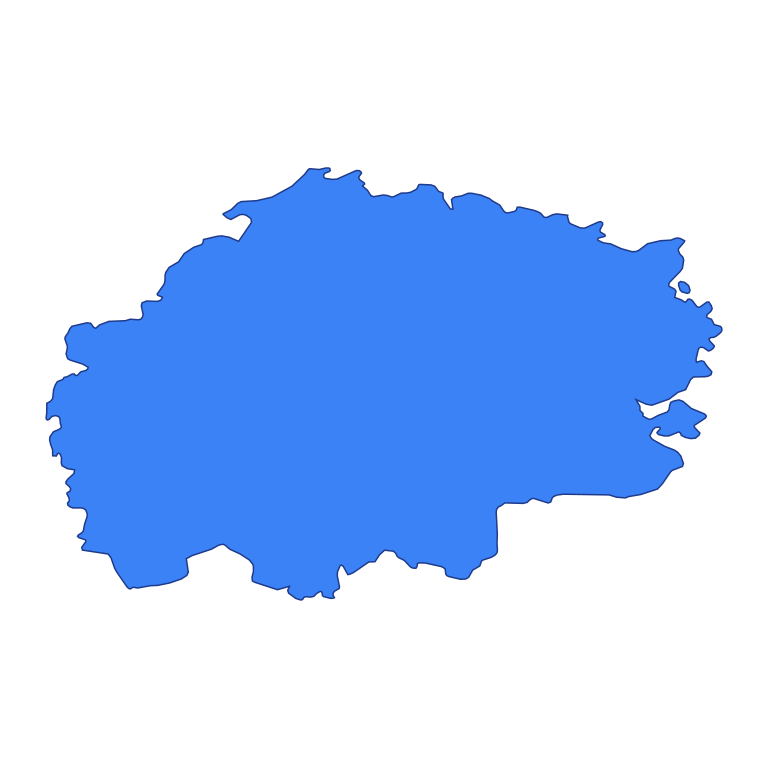 the border of Ryazan'
{"feature_id": "RUS-2374", "entity_name": "Ryazan'", "entity_type": "Region", "adm_level": 1, "iso_a3": "RUS", "parent_name": "Russia", "parent_adm1": "", "projection": "natural_earth1", "projection_center": [40.693, 54.337], "detail": "fine", "context": "isolated", "style": "filled", "palette": "blue", "viewbox_px": 768, "rotation_deg": 0, "n_neighbors": 0, "source": "natural_earth", "source_scale": "10m", "svg_char_len": 6039}
<svg xmlns="http://www.w3.org/2000/svg" viewBox="0 0 768 768"><path d="M277.5,589.7L254.8,582.3L252.4,581.0L252.0,577.2L253.4,571.8L253.4,566.9L253.0,564.5L249.4,560.0L240.0,553.9L229.8,549.2L225.0,545.1L222.8,544.2L218.6,545.2L211.6,549.1L192.1,555.6L186.3,558.7L188.3,572.3L186.8,575.4L181.5,578.9L169.9,582.9L157.7,585.4L150.5,585.7L137.7,588.0L133.1,587.2L130.4,588.9L128.9,588.6L127.1,587.0L116.9,572.2L114.7,568.3L111.0,557.8L108.1,554.0L82.4,550.1L81.8,547.2L85.8,541.7L85.8,540.6L85.3,539.8L78.7,537.6L77.5,536.3L78.4,535.0L82.2,532.5L83.4,530.7L84.6,524.2L87.1,516.6L87.2,513.8L85.8,510.1L83.5,508.4L81.3,507.9L72.9,507.9L70.1,506.9L67.9,505.2L67.5,503.1L69.2,501.0L69.3,499.7L68.9,497.7L66.9,493.8L67.0,492.9L70.0,491.1L70.7,488.7L69.8,487.1L66.1,483.7L65.9,481.8L68.0,478.9L73.9,473.6L74.6,469.8L67.4,468.7L62.1,465.7L61.3,463.3L61.5,457.3L59.9,453.9L58.9,453.2L57.5,453.7L56.4,456.0L52.7,455.8L52.6,449.8L50.6,444.3L49.6,439.9L50.0,436.7L53.4,431.8L58.4,429.7L60.5,428.4L61.4,427.0L60.4,423.7L59.8,418.3L58.5,416.5L55.7,415.6L52.1,416.3L49.1,419.4L47.6,420.0L46.5,419.4L46.1,417.8L46.7,413.4L46.8,403.3L50.5,401.3L52.7,398.5L53.6,389.7L55.3,384.9L57.4,381.6L62.8,379.5L64.1,377.4L67.0,376.8L72.3,374.0L74.4,374.0L75.2,375.3L77.3,375.5L80.7,371.9L86.3,370.3L87.8,368.8L88.1,367.2L82.8,364.1L70.2,360.1L67.8,358.8L67.2,357.4L66.1,353.9L67.3,348.2L67.3,346.1L64.9,338.9L65.3,336.7L67.7,333.4L69.8,328.9L71.9,326.3L86.8,322.8L90.7,323.3L93.6,327.3L95.7,328.3L99.6,324.9L108.8,321.4L125.5,320.7L130.3,319.2L138.2,319.8L141.0,319.1L142.5,317.0L143.1,314.6L141.3,305.8L142.1,302.8L146.6,301.0L157.3,301.4L160.5,300.3L161.6,299.0L162.4,297.2L157.8,295.3L157.1,294.1L164.2,284.1L165.0,280.5L165.1,275.0L165.9,272.2L169.1,267.4L178.6,261.8L184.3,253.5L193.7,247.3L201.6,244.6L203.0,242.7L203.5,239.5L217.2,236.3L221.8,235.9L229.1,237.2L238.6,241.3L251.4,222.6L251.2,219.7L250.5,218.3L246.2,215.2L242.9,214.4L239.9,214.7L230.8,219.5L226.9,217.6L223.1,214.4L223.3,213.7L231.2,209.7L237.6,203.5L241.1,201.6L256.6,200.7L272.1,197.1L292.0,186.2L304.6,174.4L308.1,169.7L309.5,168.7L319.3,169.5L325.7,168.0L328.8,168.0L329.8,168.5L330.3,170.6L329.1,171.7L324.8,173.2L323.6,175.5L323.7,177.1L325.3,178.4L332.7,179.4L336.9,179.1L356.3,170.5L359.5,170.7L361.1,172.0L361.5,173.3L358.8,176.9L358.9,178.0L360.0,180.0L364.3,183.0L364.6,184.0L362.5,186.1L367.3,190.1L370.9,195.6L373.7,196.7L383.1,195.0L387.0,195.4L391.8,197.0L393.7,196.7L401.2,193.1L407.0,193.0L410.8,192.2L416.7,189.1L418.7,184.9L420.0,184.4L431.0,184.9L434.7,186.2L438.6,191.4L443.0,193.1L443.1,197.6L443.6,199.3L450.5,209.1L452.9,209.0L451.5,199.7L453.0,198.0L455.3,196.9L461.7,195.9L468.1,193.3L472.0,193.3L480.9,195.1L489.5,198.6L491.9,200.6L499.8,205.1L503.7,211.0L505.7,212.6L507.4,213.0L514.3,211.5L516.3,210.1L517.2,207.2L519.8,207.1L534.2,210.4L538.2,211.9L540.7,213.3L543.8,216.9L545.1,217.4L546.9,217.4L552.9,214.6L556.9,213.9L567.7,215.2L567.5,216.6L569.0,222.3L570.6,223.8L579.7,227.7L582.7,228.1L585.0,228.0L598.5,222.0L600.8,221.6L602.6,223.0L602.7,224.4L600.0,229.9L600.0,231.0L600.6,232.2L604.8,234.6L605.2,235.6L604.8,236.4L598.1,238.2L597.7,239.1L598.2,240.4L603.5,242.9L610.7,243.9L621.3,248.7L632.0,251.7L636.1,251.5L639.0,250.2L647.6,243.7L660.7,240.7L671.1,240.1L674.7,238.5L677.6,238.0L680.5,238.6L684.7,240.8L684.4,241.8L678.7,248.5L678.2,250.1L679.7,253.8L682.8,257.1L683.7,260.1L682.4,268.4L680.0,271.6L669.7,282.2L668.7,284.5L669.0,286.2L674.7,289.2L676.0,291.3L674.7,297.4L681.4,299.9L684.5,302.0L685.5,302.3L688.1,299.1L689.9,299.2L692.2,300.4L696.9,306.7L698.4,307.2L699.7,307.2L706.8,302.1L708.9,302.0L711.3,305.7L712.2,308.8L710.8,311.4L707.1,314.7L706.6,316.7L707.6,317.8L711.5,319.3L714.2,324.6L720.2,326.3L721.1,327.1L721.7,328.1L721.9,330.5L720.7,332.5L716.2,336.2L713.8,337.3L710.6,337.6L708.9,339.0L710.0,341.3L714.1,345.6L714.3,346.5L713.0,348.5L710.4,350.4L708.4,351.0L703.3,347.5L700.6,347.2L699.1,348.0L698.2,349.9L696.1,358.9L696.2,361.5L696.6,362.2L701.3,360.8L703.8,361.5L706.8,365.9L711.8,371.8L711.1,374.6L708.2,376.2L705.2,376.7L693.5,377.0L690.5,379.7L685.6,389.7L678.0,392.3L669.1,399.1L651.9,405.2L646.2,404.2L636.0,399.6L639.9,406.3L640.0,410.5L643.0,413.4L643.0,416.2L648.7,419.2L651.2,419.1L658.4,415.3L667.3,412.0L669.0,409.6L669.8,404.7L670.8,402.4L673.1,401.2L678.9,399.9L682.9,401.3L691.4,408.5L704.4,413.9L706.1,415.5L706.2,416.5L705.5,418.0L694.3,425.4L694.2,426.5L694.9,427.8L699.9,433.1L699.1,435.1L695.4,438.2L690.7,438.6L685.4,437.4L681.4,435.4L680.5,433.2L678.8,431.9L668.9,435.9L664.0,435.9L659.0,434.7L657.4,433.5L657.0,432.4L660.2,428.9L660.2,427.8L659.5,427.1L655.2,427.5L652.9,429.7L649.8,435.7L651.4,438.4L653.4,440.0L664.8,446.4L674.2,450.0L677.5,452.1L680.8,456.0L683.4,463.5L682.5,466.4L672.2,470.4L670.5,472.0L662.6,483.5L657.6,489.0L640.8,494.5L628.5,496.6L625.4,497.9L616.6,497.2L609.1,494.9L563.4,494.2L556.8,495.1L553.5,496.6L552.2,497.9L550.8,501.9L548.2,503.0L533.6,498.4L531.9,498.6L529.5,500.1L527.1,502.4L523.1,503.4L504.8,502.9L501.1,505.7L498.4,506.9L496.6,509.4L496.2,512.0L497.3,533.6L497.0,543.7L497.4,549.2L497.2,552.0L496.4,553.6L494.9,555.2L491.3,557.3L482.5,560.2L481.5,561.2L479.8,566.0L472.7,570.1L468.7,577.2L465.7,579.0L460.6,579.3L448.7,576.5L447.0,575.7L445.8,574.2L445.1,568.8L443.0,567.4L441.1,566.5L425.2,563.0L418.7,562.9L417.3,563.9L417.1,566.4L415.9,568.3L412.5,568.0L410.4,566.9L404.3,560.4L398.6,557.6L397.0,556.0L395.7,553.2L393.4,551.2L384.6,550.2L379.5,554.8L375.0,561.7L368.8,562.0L353.4,572.6L349.9,574.2L347.8,574.6L343.2,566.2L341.3,565.1L340.2,565.6L337.4,572.0L337.3,576.0L339.5,586.8L339.1,588.6L334.8,591.0L333.3,592.8L333.0,595.0L334.4,597.7L333.2,598.2L330.8,598.4L323.5,596.6L322.3,595.3L322.0,592.6L321.4,591.7L320.2,591.4L316.6,593.5L313.9,596.3L310.7,597.1L305.4,596.7L303.7,597.6L302.5,599.6L300.7,600.0L295.7,598.4L288.6,593.1L287.7,590.3L289.5,586.3L277.5,589.7ZM680.6,281.5L684.7,282.4L688.6,285.6L690.0,290.1L689.3,292.6L687.3,293.4L682.0,291.9L680.1,290.0L678.6,285.3L678.7,282.9L680.6,281.5Z" fill="#3b82f6" stroke="#1e3a8a" stroke-width="1.5"/></svg>